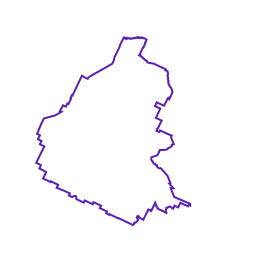 Quilpie, Queensland, Australia (Robinson projection), rotated 109°
{"feature_id": "25037944B55337411871300", "entity_name": "Quilpie", "entity_type": "district", "adm_level": 2, "iso_a3": "AUS", "parent_name": "Australia", "parent_adm1": "Queensland", "projection": "robinson", "projection_center": [143.431, -26.15], "detail": "fine", "context": "isolated", "style": "outline", "palette": "violet", "viewbox_px": 256, "rotation_deg": 109, "n_neighbors": 0, "source": "geoboundaries", "source_scale": "gbopen_adm2", "svg_char_len": 5198}
<svg xmlns="http://www.w3.org/2000/svg" viewBox="0 0 256 256"><g transform="rotate(109 128 128)"><path d="M43.7,161.4L51.9,162.5L54.6,162.4L64.1,163.6L64.5,163.9L69.4,163.4L72.3,163.8L85.2,175.1L85.3,175.3L89.0,178.6L89.0,178.4L93.0,181.9L94.6,182.1L94.4,184.4L93.6,188.6L107.5,190.2L115.4,191.0L115.3,191.8L118.5,192.1L118.8,191.4L124.7,192.1L124.6,193.3L128.0,193.7L127.7,196.8L134.4,197.9L134.4,196.2L139.9,201.1L146.3,210.6L153.7,211.5L163.1,212.0L163.5,208.9L168.0,209.5L168.1,209.3L168.0,209.1L168.4,205.6L172.0,206.0L172.4,202.8L172.4,202.6L172.5,202.4L172.6,201.1L185.4,202.8L186.0,202.7L186.2,202.9L190.8,203.4L191.2,199.8L191.5,198.2L195.2,198.6L195.6,194.6L196.4,191.0L203.4,191.9L204.3,183.8L203.5,183.7L204.1,178.3L204.2,178.2L204.1,177.9L204.4,175.5L205.6,175.7L205.6,175.8L206.0,175.9L206.5,175.8L207.8,175.9L207.8,173.3L207.9,173.2L208.1,169.8L208.0,169.7L208.1,169.4L208.1,169.1L208.8,161.6L211.1,161.9L211.2,160.8L211.2,160.7L211.2,160.4L211.3,160.3L211.4,159.1L211.5,158.9L211.2,157.9L210.5,157.6L209.8,156.6L209.5,155.9L209.5,155.5L209.4,155.2L210.9,154.1L212.0,153.7L213.0,145.6L210.6,145.3L211.6,136.6L211.3,136.7L211.0,136.6L210.9,136.7L209.4,136.5L210.2,128.2L212.9,128.6L213.8,120.6L215.7,120.9L216.2,117.3L215.5,117.2L216.6,108.0L216.2,107.9L216.8,103.3L218.0,92.8L218.1,92.2L218.2,91.8L217.5,91.6L217.2,91.2L216.4,91.0L215.5,91.3L215.0,90.0L213.3,89.1L213.0,88.8L211.7,88.6L211.2,89.3L210.2,89.6L209.8,90.6L208.0,90.4L208.1,88.8L209.0,88.9L209.7,83.7L201.9,82.6L201.4,82.4L200.7,82.6L198.5,82.3L198.7,81.8L198.7,81.6L198.9,81.1L198.9,80.6L198.3,80.1L198.8,79.7L199.0,79.5L199.0,79.0L197.6,78.9L197.0,78.8L196.8,78.7L196.7,78.8L196.1,78.6L195.2,78.6L194.8,78.7L194.3,78.3L193.5,78.3L193.4,78.2L193.2,78.3L192.8,78.2L192.5,78.1L192.4,78.2L191.0,78.1L190.4,77.9L190.3,78.1L189.7,78.0L192.7,75.5L193.1,75.4L193.1,74.6L193.4,74.4L194.0,74.2L194.6,74.0L195.0,70.6L194.9,70.2L195.1,69.3L195.0,69.2L195.1,68.9L195.3,67.1L195.9,64.0L195.7,64.0L195.6,64.3L195.3,64.4L194.9,64.8L194.4,65.1L194.1,65.4L193.3,65.5L191.9,65.4L191.5,65.7L191.2,65.7L190.8,65.2L190.7,64.9L190.5,64.7L190.0,64.7L189.4,63.6L188.7,63.1L188.6,62.7L189.2,60.6L189.3,60.1L189.0,59.5L189.4,59.1L186.3,58.7L186.7,54.7L181.6,54.1L182.5,45.8L180.8,45.6L181.0,44.0L179.4,44.7L178.2,61.8L171.1,68.0L170.2,65.4L167.1,71.0L166.3,70.0L160.1,75.3L158.8,77.9L158.3,78.4L155.5,83.7L155.4,84.4L155.7,84.6L156.0,85.7L155.7,86.7L155.2,87.9L153.8,88.4L153.7,88.7L153.9,89.6L153.7,90.1L153.3,90.4L153.4,91.7L153.0,92.0L153.0,92.4L152.5,92.9L152.3,93.5L152.0,93.5L151.4,93.9L151.3,94.8L150.0,95.8L149.8,96.0L149.6,96.1L148.5,96.2L148.0,96.2L144.2,91.3L139.4,90.7L139.4,90.9L138.5,90.8L136.7,86.0L136.0,85.0L136.0,84.8L135.2,83.9L133.8,83.3L133.6,83.1L133.5,82.8L132.5,82.0L132.4,81.8L132.0,81.6L131.7,81.3L131.1,81.0L130.9,80.8L130.5,80.7L130.0,81.0L129.7,81.1L129.4,80.6L129.2,80.5L129.2,80.3L128.4,79.4L122.7,84.4L121.1,84.2L121.1,84.4L120.9,84.5L120.8,85.1L121.0,85.2L120.5,90.5L120.3,90.8L120.5,91.1L120.5,91.3L120.4,91.6L119.9,96.9L121.7,97.1L121.4,100.1L118.8,99.8L118.8,100.0L117.9,99.5L117.6,99.5L117.4,99.4L113.1,99.0L110.0,98.6L109.4,104.9L99.1,103.8L98.5,109.6L94.4,109.2L95.2,101.1L86.9,100.1L86.4,99.6L86.5,99.6L86.8,99.6L87.1,99.5L87.2,98.6L87.4,98.3L79.3,97.6L79.0,97.9L78.9,98.1L78.6,98.2L78.4,98.4L78.1,98.6L77.8,98.8L77.5,99.3L77.4,99.3L76.6,99.6L76.0,100.5L75.4,101.1L75.4,101.5L75.1,101.7L74.5,102.6L74.2,102.8L73.8,103.5L73.6,103.7L73.2,104.0L72.4,104.3L72.2,104.6L71.5,104.9L70.7,105.0L70.4,104.9L69.7,105.7L69.0,106.0L68.7,106.3L68.1,106.2L68.0,106.3L67.8,106.3L67.5,106.5L67.3,106.5L66.7,107.1L66.1,107.2L65.7,107.6L65.1,107.8L64.5,107.7L64.1,107.6L63.4,107.8L62.7,108.5L62.1,108.8L61.5,109.1L61.2,111.6L60.2,111.5L58.8,124.7L59.7,130.6L59.6,130.8L59.4,131.1L59.2,131.4L59.0,131.6L58.8,131.7L58.7,131.9L58.8,132.0L58.4,132.3L58.4,132.6L58.1,133.1L58.2,133.3L57.9,134.1L58.0,134.4L57.7,134.8L57.7,135.0L57.4,135.2L57.4,135.3L57.4,135.5L57.2,136.0L57.3,136.1L57.3,136.3L57.1,136.5L56.7,136.8L56.6,137.1L56.6,137.3L56.4,138.0L55.9,138.7L55.9,139.7L55.6,141.1L54.8,140.6L54.8,140.9L46.8,140.1L46.8,139.6L42.3,139.2L42.3,139.6L38.5,139.2L38.4,139.7L37.9,140.8L37.8,141.2L37.9,141.3L37.9,141.6L37.9,141.8L38.0,141.9L38.0,142.2L38.0,142.4L38.2,142.5L38.2,142.9L38.0,143.0L37.9,143.3L38.0,143.4L37.9,143.6L38.1,143.7L38.2,143.9L38.4,144.2L38.4,144.5L38.3,144.8L38.2,144.7L38.1,144.9L38.3,145.1L38.3,145.3L38.3,145.5L38.6,145.8L38.6,146.1L38.7,146.4L38.7,146.6L38.8,146.6L38.8,147.0L39.0,146.8L39.0,147.1L39.4,147.4L39.3,147.5L39.5,147.8L39.5,148.0L39.5,148.3L39.7,148.5L39.5,148.8L39.5,149.0L39.8,149.2L39.7,149.5L40.2,150.2L40.3,150.2L40.5,150.2L40.6,150.4L40.5,150.7L41.0,151.2L41.1,151.7L41.2,151.9L41.3,151.9L41.3,152.2L41.7,152.6L41.8,153.2L42.0,153.2L42.0,153.4L42.3,153.7L42.3,153.9L42.4,154.3L42.5,154.3L42.7,154.6L42.8,154.5L43.0,154.8L43.0,155.5L42.9,155.6L42.9,156.0L42.8,156.3L42.7,156.5L43.0,156.8L43.3,157.2L43.1,157.4L43.3,157.8L43.2,158.0L43.3,158.0L43.5,158.1L43.6,158.6L43.8,158.5L44.3,158.5L44.3,158.9L44.0,159.5L44.3,159.7L44.3,160.0L44.0,160.1L44.3,160.6L44.0,160.6L44.1,160.9L44.0,161.0L43.8,161.1L43.7,161.0L43.7,161.4L43.7,161.4Z" fill="none" stroke="#5b21b6" stroke-width="2"/></g></svg>